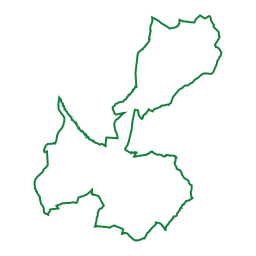 Chapulco, Puebla, Mexico
{"feature_id": "50627088B58837856031085", "entity_name": "Chapulco", "entity_type": "district", "adm_level": 2, "iso_a3": "MEX", "parent_name": "Mexico", "parent_adm1": "Puebla", "projection": "robinson", "projection_center": [-97.406, 18.647], "detail": "fine", "context": "isolated", "style": "outline", "palette": "green", "viewbox_px": 256, "rotation_deg": 0, "n_neighbors": 0, "source": "geoboundaries", "source_scale": "gbopen_adm2", "svg_char_len": 5861}
<svg xmlns="http://www.w3.org/2000/svg" viewBox="0 0 256 256"><path d="M209.4,16.0L204.8,18.5L200.1,15.4L195.8,19.3L194.4,22.5L189.1,22.1L187.6,21.7L183.3,21.4L179.5,19.8L179.4,22.7L178.4,25.5L176.0,27.1L174.6,27.6L169.6,28.5L166.6,26.3L161.1,23.1L158.9,21.0L152.2,17.4L152.4,20.4L151.8,23.3L150.5,25.8L150.2,30.1L150.7,30.7L148.9,38.9L149.7,39.4L149.3,40.5L148.3,42.4L147.3,43.4L146.0,45.4L145.1,45.9L144.8,46.8L143.2,48.3L142.8,49.3L141.4,49.6L140.2,51.2L139.1,51.6L137.8,53.5L135.5,72.8L136.4,86.8L135.4,86.4L134.5,88.6L133.5,89.6L133.0,89.6L132.8,91.3L132.0,91.5L131.9,91.9L130.4,93.6L129.9,94.7L129.0,94.6L128.5,94.8L128.4,96.1L127.1,96.9L126.5,98.4L125.6,99.3L124.4,99.9L124.2,100.4L123.2,101.6L119.0,102.2L117.9,103.2L115.5,103.9L114.6,105.8L113.2,106.7L112.9,107.2L112.6,108.4L112.7,108.9L115.1,114.3L117.0,114.5L118.5,114.0L122.3,113.3L122.7,113.0L124.1,112.9L122.9,113.7L118.0,118.7L115.8,120.0L114.2,123.7L114.3,125.1L115.3,130.3L115.8,131.7L116.5,132.7L116.8,134.2L117.5,135.7L117.4,137.0L116.9,137.5L117.3,138.2L106.4,137.5L105.4,144.7L105.8,146.1L105.3,146.1L102.0,143.8L99.6,144.7L98.6,143.8L94.6,142.4L94.2,141.4L93.0,141.4L93.0,140.6L91.3,140.3L90.8,140.0L90.5,139.4L89.7,139.1L89.2,139.2L89.1,138.3L88.5,137.6L87.0,137.4L87.8,136.8L86.5,135.7L85.8,135.5L85.7,135.3L86.2,134.8L86.1,134.6L85.5,134.5L84.9,134.9L84.6,134.6L84.5,134.2L85.0,134.2L85.1,133.7L83.9,133.1L83.1,132.4L82.7,131.7L82.7,131.0L82.3,130.9L81.8,131.5L81.4,131.5L79.3,129.0L78.4,128.6L79.0,127.6L77.4,126.5L76.8,124.5L76.2,124.3L76.3,123.6L76.1,122.7L75.5,122.9L75.0,122.8L74.4,121.6L73.6,121.1L72.8,120.0L71.7,119.8L71.5,118.7L71.7,117.7L71.3,117.1L70.3,116.5L69.5,115.4L67.7,113.8L67.1,112.1L65.8,110.8L65.3,109.4L64.5,109.3L64.7,108.1L63.9,106.9L64.1,106.2L62.8,105.7L62.7,105.2L63.1,104.3L62.8,103.5L61.6,102.4L61.1,101.3L61.1,99.9L59.2,97.5L58.4,104.2L58.5,107.8L58.7,109.2L59.4,110.7L63.3,115.8L63.9,116.7L64.4,118.3L64.3,121.0L63.4,124.7L62.2,127.6L58.6,132.1L57.7,133.8L57.1,135.8L56.5,139.9L55.2,143.5L53.9,142.9L53.6,143.4L51.6,143.9L47.9,143.8L46.4,144.9L45.7,145.9L44.1,149.6L44.3,150.0L44.0,151.2L44.6,152.2L47.0,151.4L47.8,165.1L46.2,167.2L43.5,169.6L42.8,171.8L38.2,176.0L36.8,177.5L35.5,179.4L34.7,181.5L34.6,184.5L34.9,185.4L34.9,188.3L36.1,189.9L36.0,190.9L36.1,191.4L36.9,191.8L37.1,192.8L40.0,197.3L39.8,198.6L41.1,203.8L43.0,206.5L43.8,208.4L43.9,212.3L45.4,213.6L46.3,213.8L48.2,214.7L48.1,213.4L49.9,211.3L49.7,210.4L50.4,209.4L58.3,208.5L56.4,205.7L60.8,204.2L62.3,203.3L69.8,202.9L72.6,202.3L76.5,202.9L77.7,200.6L78.4,197.6L82.0,196.3L82.5,196.4L87.1,194.3L91.0,191.0L91.8,189.7L92.1,189.5L92.1,191.1L91.7,193.8L92.6,193.8L93.1,194.8L95.2,194.9L98.3,196.0L100.2,198.8L101.0,200.8L103.8,205.4L101.7,208.3L100.3,208.5L99.8,208.8L99.4,209.3L99.3,209.8L98.8,210.2L98.5,211.5L97.9,212.1L97.6,216.1L96.9,217.3L96.6,218.5L96.4,221.1L95.5,224.2L95.7,224.9L95.2,225.6L95.3,226.1L95.0,226.6L95.9,226.6L97.4,226.1L98.6,226.5L99.9,226.4L104.5,227.0L104.7,226.8L106.1,227.1L108.0,227.2L109.3,227.8L109.7,227.7L111.5,226.6L113.8,225.6L114.7,225.5L115.3,226.0L122.3,228.7L123.3,229.4L121.8,233.9L122.6,233.9L123.7,233.4L124.2,233.0L125.0,232.9L127.5,233.6L129.2,235.7L129.3,236.0L130.5,236.7L131.8,238.1L133.9,239.8L136.1,240.6L136.6,240.3L138.9,240.2L141.0,239.3L141.6,239.3L143.1,238.2L144.3,238.5L146.9,234.1L147.2,233.1L148.6,231.9L149.0,231.9L149.9,230.7L149.9,230.2L150.8,229.6L150.9,229.1L152.7,227.2L155.7,224.5L155.9,222.4L158.6,223.0L160.9,223.9L162.1,225.1L162.0,225.7L162.4,226.2L163.3,226.5L163.8,227.3L164.0,228.3L164.5,228.6L165.2,229.7L165.4,229.7L165.8,230.7L165.6,228.3L166.1,226.7L167.1,225.3L168.3,224.3L168.3,223.9L169.8,221.6L171.5,220.3L171.5,219.6L172.8,218.6L173.3,216.7L173.6,216.5L174.2,216.7L176.3,215.9L176.9,214.9L177.4,212.8L178.0,212.5L179.1,210.6L180.0,209.9L180.1,208.6L180.3,208.3L181.4,208.0L181.1,207.4L182.2,205.8L182.5,204.7L183.9,204.5L184.1,203.5L185.2,202.6L185.9,201.2L187.8,200.5L189.0,200.5L189.9,199.8L191.6,198.8L192.5,197.9L191.5,197.2L191.1,195.5L191.2,194.8L190.8,192.8L190.9,191.8L191.6,189.1L191.7,185.3L190.8,185.0L189.3,183.7L188.9,183.0L188.8,181.7L187.9,180.2L186.1,179.3L184.0,177.8L182.1,174.8L181.7,172.8L180.6,171.3L180.6,170.9L179.4,169.9L178.9,169.9L176.9,168.9L176.5,168.2L176.4,167.0L175.8,165.8L174.9,164.6L174.6,162.4L175.2,162.2L175.8,158.2L176.4,157.7L175.6,157.3L175.6,156.3L174.6,156.0L174.2,156.2L173.8,155.8L172.9,155.6L170.6,155.5L169.7,155.7L167.8,154.8L166.5,155.4L166.2,155.2L166.0,155.9L164.8,156.5L164.2,156.3L163.6,156.5L162.1,155.7L161.8,155.2L160.9,154.8L158.4,154.5L158.0,154.8L156.6,154.5L153.0,152.5L153.0,152.3L152.5,152.2L152.1,151.6L150.2,152.1L149.6,153.1L148.2,153.6L148.0,153.9L147.3,154.0L147.3,154.4L146.9,154.4L146.0,155.0L144.5,154.9L140.0,155.8L138.9,155.7L138.1,156.1L135.1,156.6L134.1,156.6L136.5,152.5L134.6,152.2L133.9,153.1L131.8,152.2L131.2,153.2L125.4,149.9L125.3,148.3L127.7,144.7L128.6,142.1L131.5,130.3L132.5,121.1L134.9,109.8L138.0,110.4L138.4,113.7L138.9,115.3L139.8,116.9L141.8,119.0L142.5,118.5L143.0,117.1L142.7,117.0L142.9,116.0L145.0,113.9L145.8,113.7L146.6,112.4L147.6,111.5L148.6,109.4L149.3,109.9L152.7,111.4L153.4,110.4L153.6,109.8L154.8,108.8L156.1,108.6L160.2,107.0L161.1,106.0L161.8,105.9L162.0,105.6L164.7,105.2L165.0,105.3L167.6,104.5L167.9,104.5L168.5,105.0L168.8,104.5L170.9,103.0L172.9,97.2L178.7,90.1L180.3,88.9L182.3,87.9L184.7,85.7L187.8,85.4L190.3,83.6L192.5,82.5L195.2,79.3L198.0,78.0L201.2,74.8L203.3,73.6L205.5,73.4L210.8,73.9L212.1,73.4L213.1,72.4L216.4,64.9L217.0,63.2L217.2,61.4L217.7,60.4L218.6,59.2L219.6,56.9L220.7,55.7L220.9,54.6L221.3,53.6L221.4,52.5L219.3,49.0L218.1,47.8L216.7,47.1L215.8,47.2L215.0,44.6L217.3,41.2L217.8,40.0L219.2,38.2L219.6,36.6L218.8,35.9L218.9,32.5L217.4,30.6L215.5,28.9L213.4,26.5L214.0,24.8L212.9,23.7L210.8,20.2L210.9,18.7L210.1,16.7L209.4,16.0Z" fill="none" stroke="#15803d" stroke-width="2"/></svg>